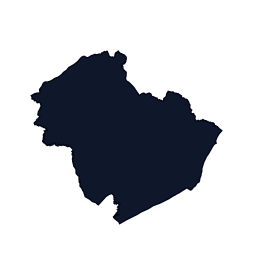 Nam Som, Udon Thani, Thailand (Natural Earth projection), rotated 62°
{"feature_id": "78962969B77162965817779", "entity_name": "Nam Som", "entity_type": "district", "adm_level": 2, "iso_a3": "THA", "parent_name": "Thailand", "parent_adm1": "Udon Thani", "projection": "natural_earth1", "projection_center": [102.167, 17.759], "detail": "fine", "context": "isolated", "style": "filled", "palette": "ink", "viewbox_px": 256, "rotation_deg": 62, "n_neighbors": 0, "source": "geoboundaries", "source_scale": "gbopen_adm2", "svg_char_len": 5849}
<svg xmlns="http://www.w3.org/2000/svg" viewBox="0 0 256 256"><g transform="rotate(62 128 128)"><path d="M174.3,46.5L171.6,47.8L168.9,48.5L166.9,49.8L166.7,50.4L166.2,50.8L164.9,50.0L163.3,50.6L163.3,50.8L163.7,50.9L163.5,51.3L161.5,52.8L161.4,53.5L160.6,54.5L160.0,54.4L159.9,54.8L158.5,55.5L157.9,56.3L158.3,56.6L158.0,56.9L156.9,57.2L156.7,57.8L156.1,57.7L155.7,58.0L156.1,58.9L155.5,59.9L155.7,61.1L155.1,62.1L154.6,62.1L154.3,62.4L154.2,64.2L153.6,64.7L150.6,64.7L150.0,63.7L148.9,63.2L147.2,64.2L146.9,63.4L146.1,63.4L145.9,64.4L145.2,65.2L143.7,65.3L142.9,64.7L142.6,64.0L142.0,63.4L140.4,64.1L139.3,64.0L138.7,63.9L136.5,62.5L134.7,62.8L133.9,62.4L132.2,62.4L130.6,62.6L130.0,63.1L129.1,64.5L127.8,64.6L127.1,65.5L127.1,66.5L126.5,67.0L124.9,65.8L121.3,67.7L118.7,71.0L117.3,71.4L116.7,73.2L116.2,73.5L114.6,75.3L115.9,77.5L118.0,79.3L118.5,80.4L118.8,82.4L120.7,83.9L120.7,84.6L120.2,85.4L119.2,85.8L118.8,86.5L117.8,87.0L117.7,88.4L115.2,88.5L115.0,89.0L112.4,91.0L111.5,92.0L110.7,92.3L108.6,91.9L107.4,92.7L107.0,93.7L106.7,96.7L104.9,97.5L104.6,97.9L104.3,99.8L104.7,102.3L104.6,102.8L94.2,104.0L88.1,105.9L86.0,107.2L84.8,107.4L83.1,107.1L80.8,105.2L77.9,103.5L74.6,104.6L73.3,104.6L72.8,105.0L72.4,104.4L72.2,104.6L72.1,105.0L71.1,104.9L71.0,104.1L70.7,104.4L70.1,103.7L69.7,104.1L68.5,102.9L69.0,102.3L69.0,101.9L69.5,101.7L69.4,101.2L68.9,100.8L69.0,99.8L68.6,99.6L68.1,98.7L67.5,98.6L66.3,97.2L65.3,96.9L64.6,96.4L62.0,97.0L57.9,100.2L55.6,100.6L55.9,101.8L56.0,103.7L57.1,104.9L58.8,106.0L59.2,107.8L58.2,108.2L57.8,109.4L56.2,111.0L50.9,110.4L50.4,110.6L50.7,111.7L49.6,112.8L49.6,114.4L50.0,115.5L49.5,116.1L50.3,116.8L50.4,117.2L49.2,118.8L48.9,121.0L47.5,122.7L47.4,124.6L47.0,126.2L47.2,130.1L47.0,130.8L46.5,131.5L44.3,132.9L43.9,133.9L43.8,135.3L44.3,137.3L45.8,141.0L46.7,145.7L46.9,152.0L48.2,154.8L48.8,159.1L49.7,161.2L50.0,162.7L50.4,165.9L49.9,169.6L50.3,172.7L50.2,175.4L49.8,177.4L48.6,179.4L48.6,181.0L49.3,182.5L50.9,184.4L52.3,187.6L53.2,188.2L55.2,188.9L55.6,189.3L55.6,189.7L54.7,191.7L54.0,194.3L54.1,198.2L56.0,198.0L56.8,198.9L57.3,199.0L58.7,197.3L59.2,197.7L60.0,197.7L60.7,196.3L61.3,196.1L62.8,196.3L63.2,195.9L63.2,195.3L63.6,194.3L64.2,193.8L65.7,193.7L66.6,194.1L67.7,193.8L68.7,195.4L70.7,197.7L71.1,198.9L73.7,201.1L74.0,201.3L75.9,200.4L76.9,200.7L77.3,202.5L77.6,203.1L77.7,204.2L78.0,204.9L79.0,205.7L79.2,207.4L79.7,208.5L81.3,208.6L82.0,206.8L82.4,206.6L83.0,206.8L83.4,206.3L84.0,206.1L84.2,205.2L84.2,204.4L85.0,204.2L85.6,203.4L86.4,203.3L86.9,202.4L87.8,202.3L88.4,201.2L89.6,201.0L89.6,200.5L90.0,200.4L90.9,200.7L90.9,200.4L91.5,200.1L92.3,200.7L91.7,201.9L92.0,202.3L91.5,202.6L91.4,203.2L92.6,203.0L93.5,203.9L93.6,204.8L94.1,205.1L94.4,205.9L95.2,205.9L95.5,205.5L95.7,206.0L95.9,206.0L95.9,205.8L96.2,206.2L95.9,206.5L97.0,206.9L97.1,207.4L97.5,207.2L97.8,207.5L98.0,207.2L98.4,207.2L98.5,207.5L98.3,207.5L98.8,207.4L99.0,208.0L98.8,208.7L99.7,209.5L100.3,209.1L100.5,209.4L101.2,209.2L101.4,208.7L101.9,208.9L102.3,208.3L102.9,208.4L104.1,207.8L104.3,208.0L105.1,207.6L105.1,207.1L105.5,207.2L105.6,206.1L106.1,205.8L105.7,205.6L105.7,205.3L106.4,205.0L106.4,204.5L107.2,204.3L107.1,203.8L106.6,203.6L107.2,203.0L106.8,202.7L107.4,202.0L106.7,201.3L106.8,200.5L106.6,200.2L107.5,199.8L107.8,200.1L108.4,199.6L109.0,199.8L109.5,199.1L109.8,199.3L110.4,198.9L110.3,198.5L110.8,198.0L110.4,197.8L110.0,197.0L110.4,197.1L110.4,196.2L110.9,196.2L110.8,195.7L111.0,196.0L111.4,196.0L111.4,195.7L112.0,195.0L111.8,194.3L112.2,193.6L112.6,193.5L112.6,193.0L112.3,193.0L112.4,192.6L112.8,192.3L113.3,192.3L113.9,190.8L114.2,191.2L114.5,190.7L115.0,190.7L114.9,190.0L115.4,190.2L115.8,189.8L116.2,189.8L116.3,188.6L116.0,188.7L116.0,188.1L117.4,187.8L118.2,187.2L119.7,187.0L120.6,186.5L121.5,186.6L122.1,187.6L122.4,187.6L122.4,188.4L124.0,188.0L123.8,188.4L124.5,189.0L124.6,189.4L125.3,189.7L125.7,189.3L126.1,189.6L126.3,189.4L127.2,189.9L127.4,189.5L128.2,190.7L129.6,191.7L130.2,191.6L131.1,192.3L136.5,193.7L137.7,193.4L140.3,193.3L143.3,194.9L144.2,195.0L147.2,194.2L147.3,193.9L148.0,193.8L149.8,195.0L151.4,195.6L152.0,195.5L152.0,195.9L152.6,196.3L152.8,196.0L153.2,196.1L153.1,195.8L153.4,195.6L156.9,197.6L158.7,197.1L159.7,197.1L159.8,196.8L162.0,197.3L162.5,196.9L163.6,197.0L168.5,197.9L173.2,195.0L176.0,194.0L179.0,191.3L181.2,190.6L181.8,190.2L178.0,179.6L177.7,175.9L178.1,172.8L179.1,172.8L180.2,172.1L182.9,172.7L183.3,172.3L183.3,173.2L184.2,173.3L184.6,173.7L185.3,173.4L185.6,173.9L186.1,174.0L186.7,175.1L187.3,174.8L188.0,175.5L188.4,174.9L188.8,175.1L189.2,173.8L189.0,173.6L189.3,173.6L189.0,173.3L189.4,173.2L189.4,172.8L189.7,172.6L189.5,172.0L190.2,171.5L190.6,171.7L191.2,171.1L191.6,171.3L191.5,171.8L192.3,171.6L192.3,172.1L192.0,172.2L192.8,172.9L193.0,173.4L192.8,173.7L193.3,173.8L193.3,174.1L193.9,173.8L194.3,174.2L194.5,174.1L195.1,174.5L195.1,174.9L195.5,174.6L195.5,175.1L195.7,174.9L195.9,175.1L196.0,174.8L196.1,175.1L196.4,175.0L196.9,176.2L197.5,176.5L197.5,176.9L197.8,176.7L197.9,177.1L198.2,176.7L198.4,177.3L198.0,177.4L198.4,177.4L198.4,177.8L198.6,177.8L198.4,178.1L199.6,177.8L199.2,178.3L199.2,178.9L199.5,178.8L199.3,179.1L199.0,179.3L198.7,178.8L198.6,179.2L198.8,180.1L199.3,179.9L199.2,180.7L199.6,180.7L199.4,181.2L199.6,182.2L200.1,182.1L199.9,182.5L200.2,182.6L201.3,182.3L208.4,179.5L208.5,181.0L208.2,173.0L208.5,160.2L208.2,156.2L208.7,147.9L208.3,142.0L209.3,134.8L209.5,125.1L209.1,119.7L209.2,118.0L209.0,115.9L209.1,113.7L208.4,104.8L208.8,103.6L209.9,103.3L210.2,102.7L211.2,102.4L212.2,101.7L212.1,100.6L210.8,97.8L210.9,96.7L210.3,95.1L209.0,93.3L209.0,91.1L208.7,90.4L207.6,89.3L206.1,88.3L204.4,86.2L202.3,84.7L201.1,83.4L198.7,82.1L197.7,81.2L193.6,77.1L190.0,72.2L188.6,69.3L183.2,60.7L182.7,59.2L182.7,57.3L180.6,56.9L178.5,54.6L176.1,51.0L174.3,46.5Z" fill="#0f172a" stroke="#020617" stroke-width="1.5"/></g></svg>